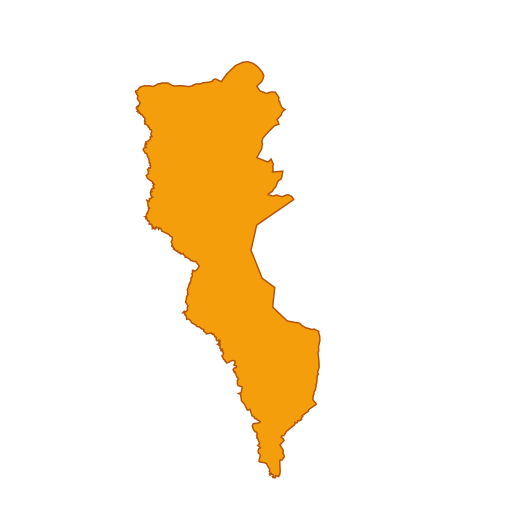 outline of Asante Akim Central Municipal, Ashanti, Ghana, rotated 331°
{"feature_id": "2480657B1767599566587", "entity_name": "Asante Akim Central Municipal", "entity_type": "district", "adm_level": 2, "iso_a3": "GHA", "parent_name": "Ghana", "parent_adm1": "Ashanti", "projection": "robinson", "projection_center": [-1.254, 6.565], "detail": "fine", "context": "isolated", "style": "filled", "palette": "amber", "viewbox_px": 512, "rotation_deg": 331, "n_neighbors": 0, "source": "geoboundaries", "source_scale": "gbopen_adm2", "svg_char_len": 6094}
<svg xmlns="http://www.w3.org/2000/svg" viewBox="0 0 512 512"><g transform="rotate(331 256 256)"><path d="M352.3,122.1L349.4,120.2L346.1,119.2L344.4,119.3L339.5,113.6L339.0,107.9L345.6,106.1L348.0,104.4L350.3,102.0L350.5,98.3L349.3,91.5L347.0,86.5L343.0,82.0L338.2,80.2L330.5,79.5L318.6,82.6L310.3,86.7L306.3,81.5L304.4,81.1L302.8,81.9L299.2,81.2L293.2,78.7L291.4,78.7L287.0,76.5L283.6,76.0L283.2,76.5L279.3,75.2L272.5,70.4L267.4,68.0L265.5,66.3L262.8,62.0L257.0,58.8L255.9,58.9L253.2,57.8L252.1,58.2L248.1,57.8L244.4,54.8L242.6,54.3L241.9,53.3L238.6,52.5L236.1,52.1L232.5,53.8L231.0,53.2L230.5,53.6L230.1,54.7L230.8,55.9L230.0,56.5L230.5,58.9L228.4,60.9L228.9,64.6L228.5,65.5L228.9,66.0L225.2,68.3L225.2,67.6L223.6,67.8L222.8,69.3L223.3,69.8L223.2,70.8L222.7,71.4L223.4,71.7L222.3,72.0L222.9,72.6L222.5,73.6L223.6,73.7L223.4,74.7L224.0,74.8L223.9,76.6L224.9,77.1L225.0,80.1L225.6,80.5L225.7,81.8L223.9,83.9L224.4,84.6L223.3,85.4L222.8,86.6L223.5,86.7L223.5,87.6L224.5,89.3L224.4,91.2L224.8,91.1L225.0,91.8L224.5,93.9L225.6,95.0L225.3,96.3L223.3,98.2L222.9,99.1L223.1,100.9L222.4,101.1L221.3,100.5L220.6,102.4L219.9,102.7L216.8,103.2L215.0,102.9L214.8,105.0L214.4,105.3L213.8,104.0L212.3,105.7L212.5,107.2L212.1,106.7L212.0,107.4L210.3,107.3L208.9,108.1L209.0,112.4L209.9,112.9L209.9,114.2L209.3,116.7L209.6,118.7L207.8,123.0L208.5,123.4L208.0,124.6L207.2,125.2L207.5,125.8L206.6,127.7L206.2,127.9L204.9,126.9L203.0,128.0L203.4,129.1L202.9,129.2L201.9,131.9L199.0,132.4L198.8,135.7L201.6,141.4L200.8,142.3L201.6,142.8L201.7,144.0L201.1,143.6L200.6,144.5L200.1,144.5L199.3,146.3L200.0,146.7L199.4,147.2L197.0,146.8L196.9,147.5L196.2,147.7L196.3,148.9L195.6,148.5L195.5,149.3L195.0,148.9L194.2,149.6L193.5,151.8L193.9,152.7L193.1,153.6L193.7,154.2L193.0,154.1L191.6,154.9L190.6,154.1L189.2,156.2L187.6,154.4L187.2,157.0L185.7,160.2L186.0,162.5L185.1,162.2L184.6,163.5L183.0,164.9L182.1,165.0L181.8,166.2L180.6,166.1L179.0,168.4L178.1,168.0L178.8,169.2L178.1,169.1L177.8,170.1L178.6,170.2L178.2,172.6L179.4,173.2L178.6,176.0L178.1,176.2L179.4,177.5L179.7,177.2L180.1,178.1L178.8,181.5L180.1,180.8L180.3,181.9L179.9,182.3L180.6,183.4L181.0,182.6L181.7,183.2L182.2,182.4L183.1,182.4L183.3,183.4L184.2,183.6L183.8,185.5L185.2,184.9L186.1,185.8L185.7,188.5L190.5,195.3L190.3,196.3L191.9,198.8L190.5,201.4L188.8,202.3L188.2,206.0L187.3,206.2L187.1,207.0L188.1,207.6L187.7,208.6L188.2,209.8L187.3,210.0L189.0,213.4L189.8,213.4L189.7,215.2L190.7,215.9L190.8,217.0L191.4,216.7L191.6,218.0L193.4,218.4L193.2,219.3L194.0,221.5L193.4,222.4L194.8,223.6L196.6,226.9L196.8,228.5L197.8,229.0L198.5,230.4L200.5,231.4L201.5,237.5L198.0,239.3L194.7,239.5L194.0,237.8L193.4,237.8L192.5,239.8L191.1,240.5L191.3,241.6L189.6,243.5L188.8,243.4L187.0,246.2L185.7,246.9L185.2,248.0L184.5,247.7L184.0,248.5L183.0,248.8L182.8,249.5L179.5,252.3L178.9,254.5L177.8,255.6L178.0,256.7L175.5,257.9L174.0,260.2L172.0,262.3L172.5,266.5L170.7,268.0L170.3,269.6L168.7,270.6L167.4,270.6L166.5,269.5L164.5,270.2L166.0,271.0L165.7,272.8L165.3,272.9L165.9,274.6L164.8,277.8L165.7,277.9L167.0,279.4L167.5,281.3L167.3,283.1L170.0,287.2L170.2,289.0L172.0,290.5L173.2,293.5L174.5,294.7L174.5,295.7L173.7,296.3L175.2,299.5L174.9,300.1L179.8,301.7L179.9,303.5L181.1,303.7L180.8,306.8L181.8,308.0L180.6,309.9L180.9,311.4L182.0,311.8L182.5,313.2L183.0,312.9L183.0,311.7L183.6,312.2L183.1,313.7L181.5,313.8L181.1,314.4L182.0,315.6L181.7,315.9L180.7,315.6L180.4,314.5L179.5,314.5L181.0,317.5L179.7,319.2L180.3,320.3L179.4,321.8L179.9,322.2L181.0,321.0L181.5,321.3L180.4,323.3L180.6,325.0L179.2,326.6L177.8,326.7L177.6,327.4L178.0,328.7L177.5,330.2L178.2,332.1L178.0,333.5L178.6,334.4L178.4,335.3L181.3,335.9L182.5,335.4L185.3,336.3L186.8,337.9L185.7,339.4L183.9,340.5L184.2,341.5L185.4,342.0L185.6,342.8L184.7,343.8L182.1,343.5L180.9,344.2L180.6,347.3L181.4,346.9L181.5,347.4L180.6,352.6L181.2,354.5L180.9,355.2L179.3,355.9L177.7,358.8L177.6,360.5L178.5,361.9L180.1,363.1L180.4,364.2L178.4,366.2L177.6,367.6L176.7,368.1L174.0,367.9L175.5,369.4L173.1,375.5L174.1,379.9L173.7,386.1L174.1,387.0L176.4,387.2L175.1,394.0L176.3,395.5L176.2,397.8L177.3,398.3L177.7,400.0L179.5,402.8L178.5,403.4L175.8,402.9L173.3,401.5L172.2,401.4L170.2,403.0L169.6,407.3L170.0,409.2L170.9,410.2L171.0,412.2L169.5,413.3L169.5,414.4L168.5,415.3L169.1,417.0L168.6,418.4L168.5,421.6L165.6,422.6L167.1,425.6L166.7,426.1L165.2,425.8L163.2,427.6L162.6,429.6L163.3,431.1L163.0,432.7L159.1,436.8L159.4,437.9L163.1,440.8L164.5,442.7L164.5,449.5L163.2,450.8L163.9,453.5L162.3,453.0L162.0,453.5L162.1,454.5L163.9,454.4L165.0,456.1L164.5,457.3L163.4,457.0L163.4,457.9L165.2,459.3L165.8,459.1L166.8,457.6L169.0,459.9L170.1,458.7L170.6,458.9L172.6,456.3L177.3,446.9L178.0,446.2L179.7,447.1L183.3,445.3L184.1,442.7L183.9,441.4L185.2,440.1L185.7,438.3L185.3,433.0L191.1,430.9L191.3,429.2L190.3,426.7L190.9,426.2L191.7,425.7L193.2,426.6L197.7,424.1L207.5,422.4L208.6,421.7L209.2,420.5L210.2,421.5L211.5,421.7L212.8,420.2L213.9,421.2L216.7,421.1L217.2,419.4L219.1,419.0L219.1,418.0L226.6,417.1L226.8,416.3L228.5,415.7L236.6,415.0L237.0,413.5L236.4,412.0L236.1,409.0L238.7,405.4L239.8,404.9L240.6,403.1L243.0,401.9L245.9,398.3L246.1,397.4L247.4,396.7L251.2,390.8L251.8,390.1L253.0,389.9L253.8,387.2L257.2,384.0L258.5,381.6L258.3,381.2L259.4,380.0L263.5,370.3L264.7,369.7L266.9,365.4L270.9,360.9L272.8,357.0L273.5,353.8L274.3,352.4L271.4,348.0L269.5,347.6L264.7,342.8L262.4,339.0L261.5,335.9L251.8,328.0L245.8,308.7L257.1,292.7L250.6,278.5L254.4,248.5L271.6,229.3L316.3,224.9L316.1,221.3L314.1,218.4L312.7,217.5L307.8,216.9L304.6,214.2L303.9,212.7L299.8,211.8L296.4,208.2L298.9,207.3L301.3,207.5L304.7,205.6L306.5,205.3L310.3,202.0L312.6,200.9L314.8,201.0L316.1,200.2L320.6,194.8L311.1,190.6L312.7,189.0L314.1,185.7L315.6,184.3L316.2,178.5L312.8,179.5L311.6,179.2L304.4,170.4L313.3,164.7L314.0,163.3L315.8,161.5L316.4,158.9L319.1,156.3L324.4,154.2L335.1,151.1L340.0,151.8L340.7,146.7L346.0,145.1L348.3,143.1L350.4,142.2L352.4,142.1L350.8,139.0L350.7,137.1L351.1,133.4L351.6,132.6L351.2,131.6L351.7,130.0L352.9,128.5L352.3,122.1Z" fill="#f59e0b" stroke="#b45309" stroke-width="1.5"/></g></svg>